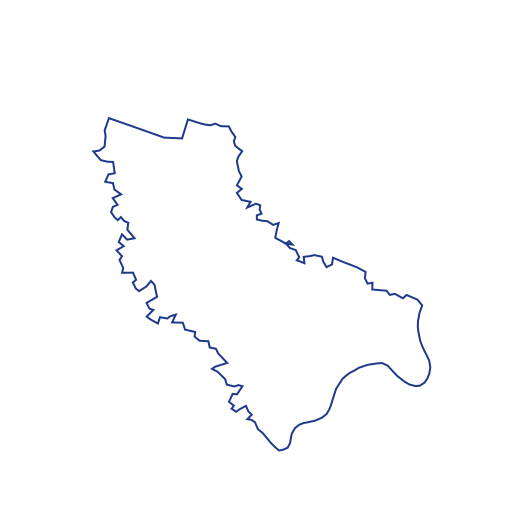 outline of Erval Grande, Rio Grande do Sul, Brazil, rotated 154°
{"feature_id": "56859067B56856517935555", "entity_name": "Erval Grande", "entity_type": "district", "adm_level": 2, "iso_a3": "BRA", "parent_name": "Brazil", "parent_adm1": "Rio Grande do Sul", "projection": "mercator", "projection_center": [-52.58, -27.365], "detail": "fine", "context": "isolated", "style": "outline", "palette": "blue", "viewbox_px": 512, "rotation_deg": 154, "n_neighbors": 0, "source": "geoboundaries", "source_scale": "gbopen_adm2", "svg_char_len": 2733}
<svg xmlns="http://www.w3.org/2000/svg" viewBox="0 0 512 512"><g transform="rotate(154 256 256)"><path d="M128.3,138.7L130.0,146.0L137.8,155.0L142.5,153.6L147.7,161.1L152.8,162.4L153.8,167.5L166.2,174.9L163.1,180.9L167.8,182.3L167.9,188.3L164.5,193.6L169.9,201.2L181.8,214.1L187.5,220.7L191.4,215.1L197.5,215.1L198.0,221.3L197.1,226.5L203.3,231.3L207.4,232.2L213.5,234.3L215.6,228.3L221.2,234.3L217.7,235.9L217.7,244.0L222.0,248.2L223.7,254.1L230.7,263.9L226.5,269.6L221.2,275.7L226.9,276.4L230.6,282.4L234.6,284.7L239.2,288.5L237.4,292.2L232.5,291.6L232.3,296.3L230.0,299.7L233.1,303.0L242.6,303.4L237.2,307.1L244.4,312.7L245.5,321.1L239.3,322.5L242.2,327.9L234.0,333.8L234.2,339.6L231.6,349.8L228.0,353.2L222.4,356.3L224.4,359.9L226.4,364.3L225.6,368.9L222.4,371.9L223.5,378.7L223.6,384.4L230.7,388.1L234.5,392.8L239.6,393.5L243.0,395.6L246.4,398.3L250.0,401.6L254.3,405.7L257.3,408.6L270.9,394.1L286.7,402.7L312.8,429.3L327.8,444.4L333.5,438.6L336.9,435.4L338.6,429.8L344.1,420.8L350.4,419.4L356.3,421.2L353.5,410.2L348.1,405.8L343.2,403.2L346.7,392.3L352.8,394.0L359.0,388.8L352.6,384.2L354.1,377.7L350.2,370.6L359.4,370.8L358.0,362.7L363.1,362.9L367.0,359.0L366.2,352.9L364.6,348.8L360.4,350.2L359.2,345.3L356.2,341.8L360.1,336.1L357.4,325.2L364.6,327.2L367.0,334.2L373.2,328.7L370.6,322.9L378.9,322.2L376.5,314.6L380.4,312.3L380.6,303.4L383.7,299.6L373.8,294.9L374.2,287.2L378.3,286.1L378.3,279.5L376.5,275.7L368.1,276.6L361.3,279.6L359.8,274.5L361.8,267.2L362.7,262.7L375.0,261.8L374.8,255.4L371.9,252.6L380.8,249.4L378.9,245.6L373.8,238.3L369.1,243.1L363.1,238.7L359.4,239.4L353.8,238.5L360.5,233.1L351.0,228.1L352.0,220.9L344.0,214.4L346.5,210.4L343.8,204.5L336.2,200.3L337.7,194.0L332.7,190.2L332.7,185.0L328.8,172.5L341.2,174.4L345.0,173.8L341.3,168.9L337.7,158.9L338.6,153.2L332.5,148.1L328.4,147.7L325.3,144.9L333.7,140.0L337.4,142.3L344.2,136.8L341.5,131.2L344.9,129.4L342.1,124.7L338.5,125.4L330.7,125.7L331.0,119.7L329.4,115.2L335.3,113.2L331.9,110.7L329.8,107.0L330.2,99.6L327.7,94.2L326.3,88.9L324.7,81.9L322.7,76.0L320.6,71.1L316.5,70.0L311.6,69.8L307.4,72.9L304.8,76.6L301.7,80.6L296.2,84.3L290.9,85.4L286.5,85.0L281.3,83.6L275.6,82.2L271.3,81.9L267.2,81.8L261.6,83.1L256.9,86.4L254.0,89.1L250.0,93.4L245.9,97.7L242.4,101.4L236.4,105.1L231.9,107.7L227.4,109.0L223.1,109.8L217.9,109.9L212.7,110.4L208.4,109.9L203.3,109.2L199.0,107.9L194.3,106.4L189.5,104.4L185.7,99.6L183.4,91.9L181.6,86.2L179.7,82.2L177.7,78.2L174.4,73.2L169.6,69.1L165.5,67.6L160.0,68.3L155.4,71.0L151.6,74.6L148.1,79.5L146.2,86.2L146.1,92.4L146.2,96.6L146.2,101.1L145.6,107.6L143.6,115.5L141.8,121.1L138.8,126.6L133.9,133.3L128.3,138.7ZM223.7,254.1L218.3,250.3L219.7,254.9L223.7,254.1Z" fill="none" stroke="#1e3a8a" stroke-width="2"/></g></svg>